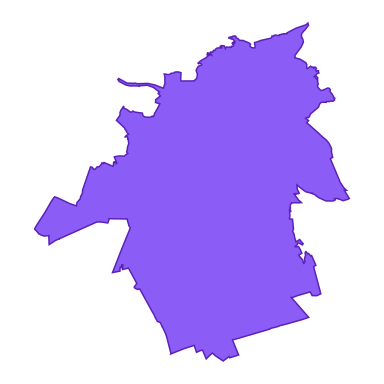 the district of Tulcea, Tulcea, Romania
{"feature_id": "2599482B25172560507796", "entity_name": "Tulcea", "entity_type": "district", "adm_level": 2, "iso_a3": "ROU", "parent_name": "Romania", "parent_adm1": "Tulcea", "projection": "robinson", "projection_center": [28.818, 45.151], "detail": "fine", "context": "isolated", "style": "filled", "palette": "violet", "viewbox_px": 384, "rotation_deg": 0, "n_neighbors": 0, "source": "geoboundaries", "source_scale": "gbopen_adm2", "svg_char_len": 5885}
<svg xmlns="http://www.w3.org/2000/svg" viewBox="0 0 384 384"><path d="M164.9,83.3L163.4,88.2L154.8,84.9L147.6,83.4L136.9,83.7L135.5,83.1L134.3,83.3L127.1,83.1L118.7,78.5L117.8,79.7L118.9,80.5L119.0,81.4L125.8,85.0L129.7,85.9L138.8,85.9L138.8,86.2L139.6,86.3L140.1,85.7L147.4,85.3L153.4,87.4L159.6,92.2L158.1,93.4L160.4,95.9L155.7,99.6L155.5,102.5L159.8,103.8L157.0,109.3L154.4,113.7L154.2,115.4L153.0,116.7L152.2,116.1L150.7,117.1L149.5,117.3L145.1,117.0L143.5,116.1L143.0,115.5L142.3,113.1L135.0,112.1L132.7,111.1L131.7,112.0L130.4,112.1L127.0,109.5L123.3,108.1L123.9,106.9L123.4,106.5L120.8,110.4L120.0,112.6L120.1,114.3L119.7,115.7L116.4,120.3L124.5,127.9L125.3,129.8L126.3,130.4L126.2,130.9L126.5,131.7L128.5,134.3L127.0,134.9L125.1,136.7L125.1,137.0L127.3,136.7L127.7,137.4L127.9,138.8L127.1,139.1L128.2,139.2L128.7,143.6L127.6,146.8L127.0,150.8L126.6,152.0L127.8,153.4L124.0,156.2L120.3,155.9L116.7,156.3L114.3,156.9L116.8,163.3L116.1,163.7L115.8,162.2L115.2,161.8L114.3,161.8L114.5,162.4L114.3,162.6L113.6,162.6L113.2,166.2L113.0,166.3L104.0,162.5L103.8,163.1L103.4,163.1L103.2,163.5L102.0,162.8L101.0,164.8L100.5,165.1L99.6,166.5L98.6,166.8L97.2,166.8L95.5,168.9L94.2,169.5L93.8,169.3L93.7,168.9L93.0,168.8L92.5,167.4L90.5,166.9L82.6,190.0L82.3,193.5L80.8,196.1L80.2,198.8L77.0,202.6L76.4,205.9L70.0,203.7L58.4,198.2L54.6,196.8L53.4,198.2L50.9,202.1L45.1,212.2L36.8,225.0L34.8,228.5L34.7,229.3L36.4,230.9L38.8,233.9L41.7,235.3L44.4,236.1L48.8,235.6L49.1,244.6L55.8,240.3L58.9,239.0L59.4,239.1L59.5,238.7L96.3,222.2L98.4,221.9L102.0,222.1L107.8,223.0L109.2,219.0L109.0,218.8L109.2,218.7L127.3,219.0L127.5,220.9L128.5,223.9L128.8,225.5L129.4,226.6L130.4,227.7L122.1,248.0L112.5,272.6L120.0,271.1L120.0,267.8L120.2,267.3L121.3,267.6L121.8,264.8L122.9,264.9L122.5,269.5L128.5,268.1L136.8,283.5L134.2,287.0L134.9,288.2L137.7,289.5L139.7,288.9L152.4,312.0L154.0,314.6L155.3,317.7L157.4,321.4L160.2,322.5L160.8,323.6L162.2,326.9L162.4,326.8L165.4,333.2L166.5,336.2L170.9,353.4L170.7,354.0L183.9,348.7L194.2,345.4L196.5,352.3L200.5,350.6L202.2,350.1L202.6,350.3L206.2,358.9L210.2,354.9L212.4,353.1L215.4,355.8L223.2,361.0L229.1,356.5L229.7,357.8L238.6,355.0L232.5,340.0L266.4,330.1L269.9,329.0L270.7,328.4L278.8,326.3L279.8,325.5L280.3,325.6L286.6,324.0L302.1,319.6L308.7,317.4L291.6,297.8L291.9,297.8L291.7,297.5L292.5,297.5L297.0,295.8L309.5,292.1L310.4,292.2L312.1,295.6L316.8,295.7L320.8,293.8L313.6,266.6L315.9,265.3L311.6,255.5L310.6,256.0L308.6,253.4L307.6,253.8L306.0,251.6L305.7,251.6L305.1,253.0L305.5,255.2L304.8,257.6L304.5,259.1L305.0,261.8L303.8,262.1L304.0,263.3L303.6,263.4L302.6,259.9L299.0,255.7L298.8,255.1L301.8,253.3L300.2,249.4L298.5,246.5L295.7,246.8L295.1,246.7L295.3,246.1L297.3,244.6L297.5,243.5L297.9,243.0L298.5,242.9L302.3,244.9L303.2,243.8L299.6,239.5L296.0,241.9L294.7,237.5L294.1,234.3L292.8,231.4L292.8,230.6L293.5,229.4L292.5,219.2L289.4,218.8L290.0,215.8L289.6,212.1L290.8,211.4L290.5,210.2L289.6,210.5L289.4,210.0L290.4,208.4L290.4,207.7L290.0,207.7L290.2,205.7L291.0,203.7L291.8,202.7L292.2,203.0L294.2,202.7L297.4,202.9L301.4,202.6L298.5,200.0L294.0,193.9L294.6,193.6L295.0,194.0L295.8,193.6L296.1,194.2L297.9,193.4L298.4,193.7L299.2,193.1L297.3,189.3L296.9,185.0L303.9,190.5L305.9,191.8L310.8,193.1L311.8,193.1L311.6,193.4L315.1,194.8L315.9,195.7L319.6,198.1L326.1,201.0L333.2,201.0L335.1,200.0L334.7,199.2L335.2,199.4L336.0,198.2L338.1,199.0L338.3,198.7L343.1,200.7L347.9,199.3L349.3,198.5L344.3,190.4L346.5,190.3L344.1,188.2L340.4,182.7L330.3,158.6L332.7,157.4L331.4,151.9L331.6,149.0L330.8,146.8L328.8,143.1L326.5,140.2L321.7,136.2L318.1,132.7L306.7,122.7L308.6,120.6L305.6,118.3L307.5,117.3L308.4,117.7L309.5,116.6L310.2,114.2L318.4,107.3L319.7,103.9L321.0,102.5L322.8,102.2L326.3,102.3L326.7,101.4L329.6,101.6L330.4,101.0L333.1,101.2L334.6,99.9L334.1,98.5L334.6,98.2L333.9,98.0L333.7,96.9L332.0,93.9L330.0,91.5L330.3,89.8L329.4,88.4L327.8,88.0L321.8,90.6L320.2,89.9L317.8,87.2L317.6,86.5L317.7,85.2L318.3,83.8L317.7,82.4L317.7,80.4L316.3,79.0L317.7,78.9L317.8,77.9L316.3,76.1L315.8,76.2L316.0,76.8L315.7,77.0L314.2,76.7L317.2,73.6L318.9,72.9L318.4,72.0L318.5,70.8L317.7,70.7L316.4,71.3L315.6,69.6L316.5,68.8L316.0,67.8L314.9,67.0L313.5,68.1L313.4,67.2L311.9,67.0L310.5,66.2L308.1,68.3L307.1,68.4L306.7,67.9L306.8,64.5L305.8,62.7L300.2,59.2L294.8,57.7L295.1,56.8L294.9,56.6L294.9,55.5L301.2,47.0L303.4,42.2L302.9,39.5L301.3,36.0L301.6,34.0L302.1,33.0L305.5,29.2L308.5,25.3L307.9,23.0L306.2,24.7L296.3,28.1L292.4,30.0L287.0,32.9L287.1,33.6L283.3,33.8L282.7,34.3L281.4,34.1L280.5,34.7L279.5,34.8L278.9,35.6L278.3,35.3L277.1,35.5L275.8,35.0L273.9,35.4L273.3,36.2L272.0,36.0L271.7,37.7L270.2,38.3L261.0,40.4L255.9,42.3L254.7,42.4L254.5,42.9L254.6,44.3L255.2,45.6L255.1,47.0L254.6,48.0L251.9,47.7L250.1,46.4L249.9,46.2L250.0,45.2L250.6,44.3L249.4,43.1L242.6,40.3L241.4,40.7L240.8,40.3L239.6,40.4L238.2,38.8L236.0,37.7L236.0,36.6L235.6,36.0L232.7,36.2L232.0,37.2L231.4,36.7L228.9,37.5L228.7,37.9L229.5,38.3L232.0,39.2L232.9,39.2L234.7,41.1L233.7,41.9L234.9,42.3L234.6,43.2L233.6,43.5L232.6,42.7L232.2,43.2L232.9,44.6L233.6,44.8L233.6,45.4L233.2,46.0L232.7,46.4L231.4,46.3L231.3,47.2L230.8,47.5L229.8,47.0L229.0,47.3L226.5,47.0L226.0,47.4L225.4,48.6L224.5,46.2L224.0,45.8L221.2,45.6L220.3,46.3L220.1,47.0L220.6,47.3L221.7,47.3L221.8,47.9L217.1,48.0L215.6,49.1L214.9,50.5L213.8,50.3L213.2,50.8L212.6,52.4L211.0,51.9L210.5,52.1L209.5,53.6L209.6,53.9L211.2,54.4L211.6,55.2L210.2,54.7L208.7,55.5L208.3,54.4L208.7,53.8L208.5,53.0L207.6,52.8L207.1,54.2L207.5,56.2L207.2,56.6L206.1,57.7L200.8,60.7L198.0,63.1L198.5,63.7L200.9,63.3L201.7,64.3L201.7,65.0L198.3,66.3L196.4,69.4L196.2,70.9L197.2,73.4L197.3,74.4L197.1,76.6L196.5,78.6L194.7,80.2L194.3,80.9L181.0,81.0L180.7,79.3L181.0,72.7L178.2,71.9L175.5,72.0L174.4,72.3L173.9,73.0L171.1,73.3L170.0,74.2L168.6,74.6L164.2,74.0L164.9,76.7L164.9,83.3Z" fill="#8b5cf6" stroke="#5b21b6" stroke-width="1.5"/></svg>